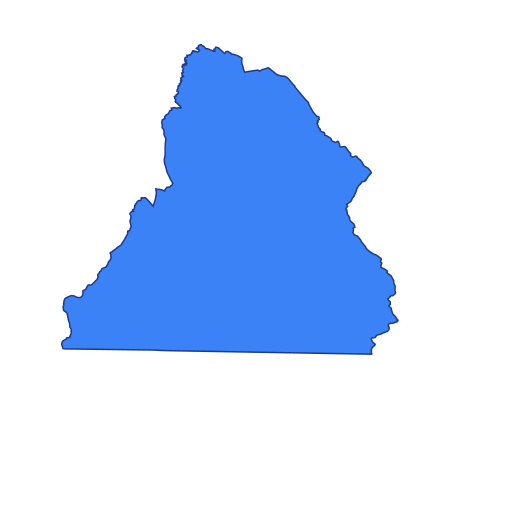 outline of Mwingi North, Eastern, Kenya, rotated 118°
{"feature_id": "3690345B80003743115065", "entity_name": "Mwingi North", "entity_type": "district", "adm_level": 2, "iso_a3": "KEN", "parent_name": "Kenya", "parent_adm1": "Eastern", "projection": "natural_earth1", "projection_center": [38.213, -0.407], "detail": "fine", "context": "isolated", "style": "filled", "palette": "blue", "viewbox_px": 512, "rotation_deg": 118, "n_neighbors": 0, "source": "geoboundaries", "source_scale": "gbopen_adm2", "svg_char_len": 6112}
<svg xmlns="http://www.w3.org/2000/svg" viewBox="0 0 512 512"><g transform="rotate(118 256 256)"><path d="M288.4,107.8L287.9,107.9L286.7,109.4L285.6,109.4L285.0,110.0L282.4,110.5L279.4,109.3L278.2,109.2L277.7,110.0L277.3,112.6L275.6,114.9L274.1,115.3L273.6,115.1L273.1,113.7L272.2,112.7L269.6,112.2L268.6,111.6L266.7,109.4L264.5,107.8L261.0,104.8L260.0,104.3L257.9,104.2L256.9,104.6L255.0,106.9L253.6,106.8L252.5,105.8L250.9,103.4L247.8,100.5L246.8,100.3L246.0,100.5L245.8,100.9L246.4,101.3L245.4,102.1L243.9,104.7L243.1,107.9L240.3,110.9L238.6,112.0L237.9,115.1L237.3,115.3L235.7,114.7L233.7,115.8L233.3,116.2L233.0,118.2L232.4,119.2L231.7,119.4L230.5,118.8L228.4,118.3L227.7,118.0L227.0,116.8L225.8,116.2L224.4,115.6L222.8,115.6L221.2,117.2L217.8,118.6L216.9,119.4L215.7,121.3L213.1,122.9L210.1,127.4L209.5,132.0L209.2,132.5L208.0,132.7L207.6,133.2L207.2,135.7L207.1,137.1L207.4,139.3L207.1,140.4L206.1,141.2L203.4,141.5L203.0,141.8L202.6,143.3L202.2,143.7L200.0,143.7L199.5,144.4L198.7,150.1L199.1,153.1L198.6,158.3L198.2,160.2L197.5,162.3L196.7,163.2L193.9,169.6L192.7,171.3L190.8,175.6L191.1,178.7L190.8,180.1L189.5,181.5L187.2,182.1L186.3,183.2L185.8,183.3L184.2,182.2L183.1,183.1L181.8,184.8L180.8,189.0L180.3,190.0L178.1,191.5L177.2,192.8L176.5,194.7L172.7,197.5L172.3,198.7L171.6,198.9L168.9,198.4L168.0,200.2L162.9,197.8L159.3,198.0L156.2,197.4L155.2,197.9L152.8,197.8L149.8,198.4L146.3,198.5L142.5,197.4L140.9,197.3L140.1,196.6L139.2,195.2L137.6,194.4L136.9,194.9L135.9,194.4L133.1,194.3L128.5,193.2L127.4,194.5L125.9,198.1L125.8,202.0L125.6,203.3L123.7,206.0L122.4,208.6L121.7,212.2L120.8,213.8L121.0,215.0L122.5,216.1L123.1,217.1L123.3,218.3L123.1,219.4L122.9,219.9L121.6,220.1L121.0,220.6L120.3,223.1L117.9,227.7L117.7,228.5L117.8,229.3L119.7,231.8L120.2,232.8L120.2,233.2L118.3,234.6L116.3,237.0L116.4,237.7L118.4,239.1L118.8,242.8L118.5,243.6L117.3,244.7L116.9,246.2L116.7,250.4L117.1,252.0L115.2,253.2L115.1,253.6L115.1,254.7L115.5,256.4L115.1,258.4L114.0,258.7L113.6,259.4L113.1,261.3L112.1,262.0L110.2,264.5L108.5,264.0L107.7,265.2L105.8,264.2L104.8,265.2L104.2,265.3L103.7,266.0L103.6,266.5L104.1,267.4L104.0,268.3L102.2,273.0L97.5,280.3L95.7,282.0L94.8,285.4L89.5,298.6L88.6,300.7L87.5,301.9L87.4,303.0L84.6,309.8L83.7,313.0L83.9,313.9L83.8,315.2L84.9,317.3L85.9,321.6L85.8,324.0L84.0,333.1L84.1,333.6L87.2,336.5L88.2,337.8L90.3,339.1L91.3,340.1L90.9,341.6L97.7,350.7L99.1,352.0L97.9,353.8L94.1,357.3L93.3,358.4L90.9,360.0L88.1,361.2L87.9,361.7L87.7,365.9L88.6,371.0L89.4,371.9L88.6,373.8L88.9,374.8L88.5,376.7L88.7,377.3L89.7,378.4L90.9,378.5L91.9,378.9L89.9,387.0L90.3,389.2L90.6,389.6L91.2,389.6L92.3,389.3L93.2,390.2L93.6,390.1L94.3,388.6L94.6,388.4L95.1,389.4L95.7,395.9L96.5,397.7L95.3,400.9L95.7,402.0L95.0,403.6L95.2,404.0L97.3,405.6L98.7,405.0L99.2,405.1L99.7,405.2L100.2,406.1L100.6,406.2L100.8,404.7L100.3,403.6L100.8,403.0L100.9,402.5L101.6,402.8L102.7,402.8L103.2,403.2L103.6,405.2L104.0,405.3L104.2,405.7L103.9,406.0L104.5,407.2L104.1,407.3L104.5,408.1L105.8,408.1L106.4,407.6L106.9,408.2L108.7,408.1L110.0,409.6L110.5,409.7L111.2,411.2L112.4,410.2L112.8,410.3L113.3,411.2L114.3,411.7L115.4,411.5L116.8,410.5L116.1,410.0L116.0,409.2L117.3,409.0L117.5,409.4L117.8,409.5L118.5,408.5L118.4,407.6L118.9,407.7L119.4,408.3L119.8,408.3L120.0,407.6L120.4,408.4L120.0,409.4L120.5,409.5L121.3,409.0L121.1,410.2L122.1,410.6L123.1,409.8L123.7,410.1L124.7,407.9L126.6,408.0L126.8,407.5L127.4,407.2L127.7,406.4L128.4,406.6L129.3,407.5L130.5,406.3L131.2,406.1L130.8,405.5L131.3,404.3L131.7,404.3L132.3,405.3L133.2,405.2L134.3,405.9L135.0,405.4L134.9,405.0L136.3,404.7L135.9,404.0L136.2,403.8L137.0,404.6L137.3,403.9L137.7,403.7L138.5,404.1L139.5,403.9L140.1,404.5L140.5,404.2L140.1,403.6L140.5,403.6L141.7,404.0L142.2,403.9L142.2,404.4L142.5,404.6L143.0,404.1L144.3,403.9L145.1,403.4L146.2,403.7L146.6,403.4L147.6,403.2L147.4,402.0L148.5,400.8L149.1,401.3L150.3,401.5L150.6,402.0L151.0,402.2L151.8,402.0L152.0,401.6L152.4,401.7L153.2,402.8L153.7,402.9L153.9,402.4L154.9,401.7L156.1,399.9L157.3,400.0L158.0,399.1L158.2,397.2L158.6,396.5L158.4,396.1L159.2,394.2L159.2,393.5L160.1,391.8L160.6,392.0L161.9,394.6L162.9,395.6L163.1,397.5L165.2,400.2L166.3,398.8L166.7,398.8L168.1,400.4L170.2,400.1L171.9,400.4L173.7,401.6L175.6,402.0L176.1,402.0L177.2,400.9L179.6,402.6L180.3,402.6L180.7,402.3L182.5,401.9L184.2,400.3L186.7,399.2L188.0,396.6L189.3,395.5L191.7,394.5L194.6,390.9L196.2,390.0L199.4,388.8L203.4,386.9L209.3,383.7L214.0,382.3L216.9,380.4L220.6,376.6L223.3,374.4L228.0,368.1L229.5,365.9L230.5,363.9L230.8,363.6L231.3,363.8L232.5,363.4L233.0,363.3L234.0,364.2L235.2,364.3L237.4,367.1L240.0,367.3L240.8,367.6L241.6,367.3L241.7,369.7L242.3,372.2L243.2,373.9L243.7,376.0L247.0,373.6L252.5,371.7L254.8,371.1L260.4,370.3L258.4,374.8L256.5,380.8L258.4,384.6L261.0,383.7L262.3,385.8L263.9,386.4L265.6,386.2L266.5,386.8L268.0,386.5L268.3,386.8L270.1,386.0L271.6,385.7L272.5,386.0L273.1,386.7L273.5,386.6L274.2,385.2L274.6,386.3L276.8,387.2L277.8,387.2L278.2,386.9L279.0,385.6L280.5,384.6L282.3,383.9L283.0,384.0L284.7,383.5L288.3,380.1L290.6,380.0L292.4,379.4L293.1,379.6L294.1,380.9L295.3,380.6L295.9,379.9L296.2,379.8L303.9,379.9L310.0,380.4L313.7,382.6L314.8,382.7L318.9,384.8L319.7,384.9L321.2,386.1L321.9,386.2L323.1,384.6L324.6,383.9L325.3,383.2L327.7,382.9L330.7,383.5L332.3,383.1L335.5,383.2L336.5,383.5L338.0,384.9L339.9,386.1L341.9,385.9L343.3,386.5L345.2,386.6L346.6,387.0L347.3,386.8L348.5,385.6L351.2,385.3L359.0,387.8L359.5,388.5L359.7,389.7L360.9,390.7L365.4,390.7L367.8,392.4L369.0,392.1L370.2,391.0L371.7,391.0L372.6,390.6L374.6,391.2L375.4,391.9L376.5,394.2L376.7,398.0L377.7,400.6L382.0,404.0L383.5,404.6L385.5,404.5L388.5,403.4L389.6,402.7L390.9,402.6L393.4,401.2L394.6,399.6L394.8,396.7L395.6,395.6L401.3,391.0L402.6,389.3L406.3,386.8L407.5,384.6L408.6,384.0L409.2,384.0L409.7,383.4L411.7,382.7L414.0,382.7L414.2,382.3L415.2,382.6L415.6,382.4L415.9,382.6L416.7,384.3L417.3,384.8L418.7,384.7L421.8,386.7L422.9,386.8L425.2,386.1L428.2,383.1L428.3,382.6L427.4,380.5L386.8,301.7L384.8,297.2L381.0,289.5L288.4,107.8Z" fill="#3b82f6" stroke="#1e3a8a" stroke-width="1.5"/></g></svg>